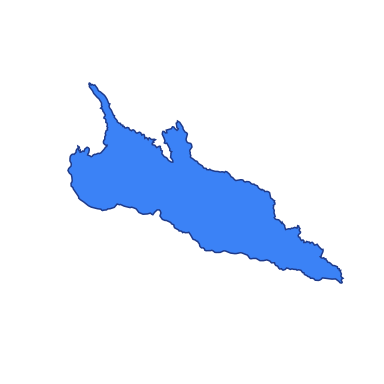 outline of Ponte Alta do Bom Jesus, Tocantins, Brazil, rotated 249°
{"feature_id": "56859067B8976665004263", "entity_name": "Ponte Alta do Bom Jesus", "entity_type": "district", "adm_level": 2, "iso_a3": "BRA", "parent_name": "Brazil", "parent_adm1": "Tocantins", "projection": "albers", "projection_center": [-46.566, -12.067], "detail": "fine", "context": "isolated", "style": "filled", "palette": "blue", "viewbox_px": 384, "rotation_deg": 249, "n_neighbors": 0, "source": "geoboundaries", "source_scale": "gbopen_adm2", "svg_char_len": 6060}
<svg xmlns="http://www.w3.org/2000/svg" viewBox="0 0 384 384"><g transform="rotate(249 192 192)"><path d="M65.6,302.7L66.0,301.5L67.6,301.9L68.4,300.6L70.1,300.9L72.2,298.7L73.0,297.0L75.9,295.7L77.1,294.8L77.7,293.6L79.4,293.4L80.6,292.9L81.7,293.0L82.0,291.7L83.4,291.5L83.5,290.1L84.4,288.9L85.7,288.5L85.8,289.7L86.9,290.3L88.8,292.3L90.1,293.3L91.5,293.7L91.8,292.5L95.4,290.9L98.4,290.1L98.3,288.7L98.6,287.2L100.2,287.0L101.9,286.3L102.2,285.0L101.8,283.9L103.2,283.6L103.8,282.4L104.8,281.3L104.1,280.2L104.8,278.3L106.0,279.0L107.5,278.4L107.5,276.7L109.7,276.3L111.0,276.5L112.0,275.3L113.5,275.6L114.4,276.9L114.9,278.4L115.7,279.0L117.2,278.4L118.4,278.6L119.1,279.7L120.7,279.2L122.0,279.4L122.7,278.6L120.7,277.1L122.2,275.2L122.0,273.0L122.6,271.9L122.2,270.5L123.0,269.4L123.4,265.9L126.3,266.1L127.5,266.5L130.4,265.4L131.5,265.3L130.8,264.5L134.1,263.5L135.1,262.8L136.3,260.6L137.5,259.8L138.7,259.6L139.3,260.9L143.2,261.1L145.4,262.2L147.9,262.1L149.0,262.9L150.4,263.2L150.8,264.9L152.0,265.5L153.2,265.1L154.2,266.0L155.3,265.0L156.9,264.3L158.2,263.3L163.6,264.2L164.9,263.3L165.6,262.4L166.4,260.1L167.8,259.8L168.5,258.9L169.4,258.3L169.1,257.4L171.8,255.6L174.4,255.2L176.1,253.2L177.2,252.7L177.5,251.4L178.7,250.1L179.8,249.9L181.2,248.8L182.2,246.7L182.2,245.3L183.3,244.2L184.5,244.1L185.4,243.2L186.0,241.9L187.0,237.0L188.3,236.1L190.8,235.2L192.3,233.9L195.0,233.5L198.3,231.8L199.2,230.5L198.6,229.2L199.7,228.2L200.3,226.7L200.5,225.4L201.9,223.6L203.0,221.0L204.4,219.1L205.9,217.3L206.9,216.8L206.6,215.8L207.6,213.8L208.9,213.7L210.2,211.5L212.7,211.0L216.4,208.1L217.8,208.0L219.1,207.5L219.7,206.4L223.2,204.4L224.2,203.4L225.3,203.0L226.3,203.9L228.7,204.0L229.6,204.6L230.7,204.5L231.8,204.9L234.0,208.1L236.5,208.5L237.8,208.2L239.2,206.0L240.2,205.3L242.0,205.1L243.5,205.4L247.8,208.5L249.3,208.2L250.3,207.1L253.0,206.4L254.3,206.3L255.7,206.7L261.4,205.5L263.5,203.9L262.1,203.1L261.9,201.9L257.4,201.0L256.0,201.9L255.3,201.1L254.9,200.1L257.2,198.8L259.2,198.3L259.9,197.1L258.5,195.4L259.0,190.1L256.3,189.8L256.6,188.4L258.6,187.6L259.0,186.5L257.9,185.6L256.6,184.9L252.5,185.2L249.4,185.1L247.8,183.7L246.8,184.6L246.6,186.0L240.2,186.8L238.8,186.1L237.7,186.6L236.9,187.5L236.0,186.3L234.6,185.8L232.0,184.4L229.4,185.2L228.0,185.3L226.8,184.8L227.3,183.4L230.0,181.3L232.5,180.8L233.8,180.0L234.8,178.8L238.5,177.6L241.0,179.0L242.2,177.9L243.4,178.5L244.7,178.2L245.9,178.8L246.5,177.9L246.1,175.0L249.0,174.0L250.4,171.9L251.8,172.3L252.1,174.2L253.3,173.9L253.9,176.6L254.8,175.7L255.4,173.3L256.3,172.4L257.8,171.7L257.7,170.7L256.7,169.8L258.2,169.5L259.3,168.6L259.0,167.2L261.5,167.8L262.8,167.8L263.4,166.7L263.1,165.6L265.8,165.3L266.7,164.4L266.6,161.7L267.7,160.8L269.4,160.5L270.9,159.7L271.3,158.5L270.9,157.4L272.6,156.1L274.6,155.9L275.5,154.6L275.4,153.3L276.1,152.2L277.4,152.1L278.0,150.9L279.0,151.4L280.4,149.7L281.7,149.8L282.2,148.7L284.4,147.3L285.4,147.7L286.4,147.4L289.6,146.2L291.1,147.0L291.7,146.2L297.3,146.0L300.0,145.2L301.9,145.3L303.7,146.9L304.3,146.0L309.0,145.9L312.4,145.3L314.1,144.7L318.4,142.3L319.4,141.3L320.8,140.8L322.6,140.8L326.8,139.6L326.8,138.5L328.1,137.4L328.0,136.2L329.6,136.1L330.5,135.2L329.7,134.4L328.3,134.5L327.1,133.9L322.1,135.4L319.2,135.6L313.9,137.6L312.8,138.4L309.0,139.2L307.5,139.4L305.0,138.4L303.8,138.6L303.0,136.7L301.3,138.1L299.1,137.8L297.8,138.4L296.4,138.3L295.3,138.8L294.2,138.2L293.7,137.1L292.7,136.2L291.6,137.1L290.3,137.5L287.8,136.5L286.9,137.3L285.9,137.3L284.6,136.8L283.6,136.0L282.4,136.4L281.5,135.5L280.3,135.4L280.1,133.9L277.6,131.9L276.1,131.9L274.9,130.4L272.4,129.4L271.9,128.2L270.7,127.3L269.3,126.9L267.7,127.5L266.6,128.3L266.1,129.5L265.0,128.6L264.9,127.4L263.4,125.3L261.2,121.0L261.1,119.3L261.8,118.2L261.6,115.6L262.1,114.6L261.9,112.9L261.1,111.6L261.1,110.4L262.3,109.7L264.0,107.8L265.1,108.7L265.6,109.6L268.0,111.1L269.3,111.5L270.5,111.0L271.4,110.1L270.5,107.3L268.6,105.7L269.5,104.5L269.0,103.1L269.2,101.8L271.2,102.7L271.1,101.4L273.4,101.4L273.3,99.9L272.3,98.8L270.6,97.9L270.0,96.7L269.4,95.5L270.0,94.6L270.1,93.4L269.7,92.4L268.9,91.2L267.0,90.1L264.7,89.2L262.0,89.5L260.6,89.0L259.5,88.3L258.1,85.3L256.5,83.9L253.5,84.3L251.4,85.5L249.0,85.2L245.4,84.2L244.3,83.4L243.5,82.2L240.8,81.3L238.9,82.4L237.3,82.3L229.0,84.3L227.9,84.4L226.9,84.0L224.8,85.0L221.6,87.3L216.3,90.4L214.0,92.5L210.3,97.7L208.6,100.8L207.4,101.2L206.7,101.9L206.7,103.0L205.9,105.9L206.4,107.1L205.7,109.7L205.5,114.0L207.6,117.8L206.1,119.7L206.0,120.8L203.2,123.5L202.1,125.0L199.6,128.6L199.5,130.0L198.8,131.1L197.1,133.0L196.1,133.9L191.9,135.1L188.8,138.3L187.5,142.5L187.2,145.6L185.7,146.4L184.8,147.3L186.4,149.7L187.8,153.1L187.0,155.1L185.7,155.6L183.6,155.5L181.1,153.5L177.1,154.5L175.2,156.5L174.6,157.9L171.2,161.2L169.6,161.5L168.5,162.7L167.5,163.3L166.5,162.9L164.9,162.9L161.3,165.9L160.2,166.0L159.8,167.2L159.0,168.3L157.4,168.7L157.5,170.0L156.4,171.1L155.6,173.5L155.5,174.6L152.6,175.3L147.5,176.0L145.9,177.9L144.5,178.7L143.9,179.6L142.5,179.7L141.2,180.3L138.8,179.9L137.5,180.2L136.4,180.9L135.8,182.5L134.5,183.2L133.1,183.1L132.2,184.0L130.6,188.4L130.5,189.6L129.5,190.6L127.5,191.7L126.9,192.8L125.5,196.7L125.7,200.6L125.0,202.0L121.1,206.2L119.1,209.9L118.6,211.4L118.0,215.4L117.3,216.7L113.1,221.2L109.2,222.2L108.5,223.1L108.1,225.2L107.0,228.1L103.5,230.9L102.3,234.2L101.8,237.5L99.7,239.9L97.4,240.8L96.4,243.7L95.2,243.5L93.5,243.8L92.1,245.4L89.8,245.7L88.6,246.3L88.3,248.1L87.3,248.3L86.4,249.0L86.3,251.3L87.1,253.0L86.4,254.3L84.5,256.0L84.4,257.8L83.4,259.1L82.3,261.6L81.4,262.0L81.2,263.7L79.9,265.6L77.1,266.4L76.6,267.5L74.7,267.4L72.8,269.3L71.7,269.8L70.4,271.4L69.0,271.7L68.5,273.2L67.5,274.7L66.3,275.0L65.4,275.6L64.1,278.4L64.0,279.9L64.4,281.7L65.1,282.9L60.5,291.5L59.4,294.9L55.7,297.2L54.5,297.5L53.5,298.6L53.6,299.7L54.5,299.9L55.8,299.6L57.0,300.4L57.3,302.1L58.9,301.1L60.2,300.9L61.9,302.1L64.6,302.0L65.6,302.7ZM273.4,101.4L273.4,102.7L274.5,102.8L275.7,101.9L273.4,101.4Z" fill="#3b82f6" stroke="#1e3a8a" stroke-width="1.5"/></g></svg>